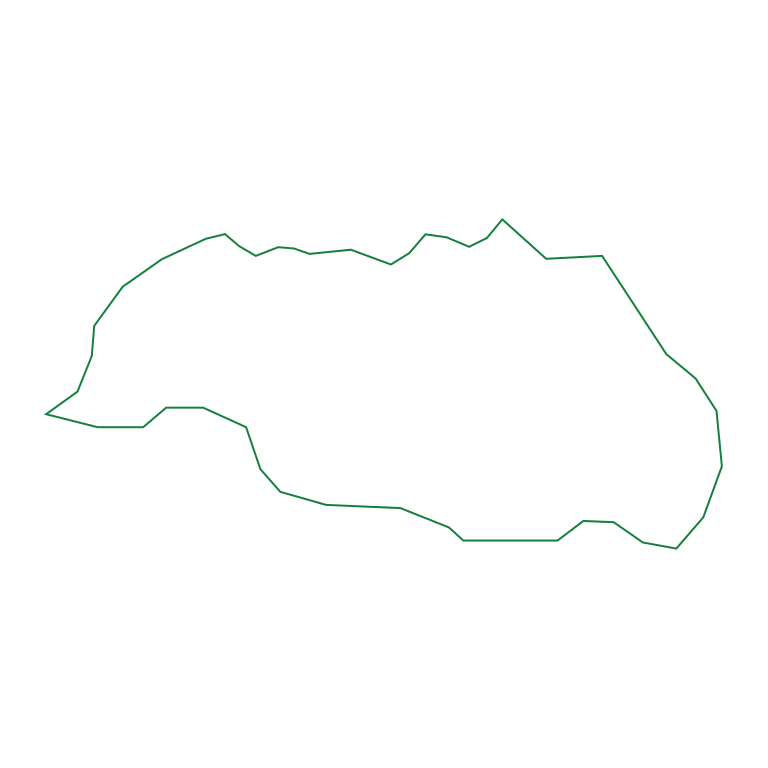 outline of Otuke
{"feature_id": "UGA-5607", "entity_name": "Otuke", "entity_type": "District", "adm_level": 1, "iso_a3": "UGA", "parent_name": "Uganda", "parent_adm1": "", "projection": "robinson", "projection_center": [33.299, 2.481], "detail": "fine", "context": "isolated", "style": "outline", "palette": "green", "viewbox_px": 768, "rotation_deg": 0, "n_neighbors": 0, "source": "natural_earth", "source_scale": "10m", "svg_char_len": 661}
<svg xmlns="http://www.w3.org/2000/svg" viewBox="0 0 768 768"><path d="M94.2,325.9L122.7,286.7L161.9,259.2L205.7,238.8L225.0,234.1L239.1,246.1L255.8,255.9L278.2,247.2L294.0,248.5L309.6,253.9L350.8,249.7L390.9,264.5L409.3,253.1L425.5,234.3L446.6,237.3L469.1,246.8L486.9,238.0L502.3,219.4L546.2,258.8L602.1,255.9L666.3,354.1L695.6,378.5L716.5,410.9L721.9,466.3L703.3,517.3L676.3,548.6L642.9,542.5L613.7,522.2L583.3,521.0L557.6,540.5L463.3,540.5L449.0,527.5L400.4,508.1L326.1,504.9L280.4,491.9L260.4,469.2L246.1,427.2L203.2,407.7L166.1,407.7L143.2,427.2L97.5,427.2L46.1,414.2L77.5,391.6L91.8,355.9L94.2,325.9Z" fill="none" stroke="#15803d" stroke-width="2"/></svg>